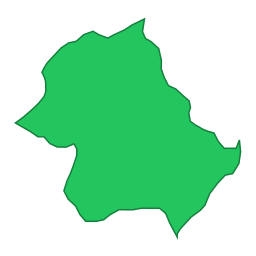 Yonggwang, Hamgyŏng-namdo, North Korea (Equal Earth projection)
{"feature_id": "82179303B97977133847329", "entity_name": "Yonggwang", "entity_type": "district", "adm_level": 2, "iso_a3": "PRK", "parent_name": "North Korea", "parent_adm1": "Hamgyŏng-namdo", "projection": "equal_earth", "projection_center": [127.345, 40.075], "detail": "fine", "context": "isolated", "style": "filled", "palette": "green", "viewbox_px": 256, "rotation_deg": 0, "n_neighbors": 0, "source": "geoboundaries", "source_scale": "gbopen_adm2", "svg_char_len": 1173}
<svg xmlns="http://www.w3.org/2000/svg" viewBox="0 0 256 256"><path d="M239.4,140.0L236.2,148.3L224.2,148.3L218.3,141.5L214.0,133.0L208.0,131.3L203.5,129.6L194.6,124.5L190.2,121.1L188.8,112.7L190.5,107.6L189.1,100.9L183.2,95.8L175.8,89.0L168.4,85.6L164.1,77.2L161.2,68.8L161.4,60.4L158.7,48.6L151.3,41.8L145.4,38.4L142.5,31.7L144.3,19.9L144.5,18.9L132.1,24.9L124.5,29.9L113.9,34.8L107.8,38.1L98.9,34.7L93.0,31.3L83.9,34.6L76.2,41.3L68.7,42.9L61.1,47.9L53.4,56.2L47.2,62.9L44.1,67.9L41.9,72.4L42.6,73.5L44.3,77.2L45.3,80.2L45.7,83.6L45.8,91.3L44.9,94.5L43.5,97.3L38.4,103.5L32.8,108.9L24.1,116.5L17.9,121.2L15.4,122.9L18.7,124.9L24.7,128.3L30.6,131.7L38.0,136.8L44.0,136.8L49.9,143.6L57.3,147.0L66.3,147.1L73.9,143.8L76.8,148.8L76.7,155.6L73.4,165.6L70.2,174.0L67.1,180.7L63.9,190.8L68.2,199.2L75.6,206.0L79.9,214.5L85.7,221.3L96.3,221.3L103.8,219.7L110.0,214.7L119.1,209.7L132.6,209.8L141.7,208.2L152.2,208.3L159.7,208.3L165.7,213.4L170.0,223.6L177.2,237.1L177.3,233.7L180.4,228.7L185.0,223.7L191.2,217.0L200.3,210.3L204.9,205.3L209.7,193.6L217.4,183.5L225.1,175.2L232.7,173.6L238.9,163.5L240.6,151.7L239.4,140.0Z" fill="#22c55e" stroke="#15803d" stroke-width="1.5"/></svg>